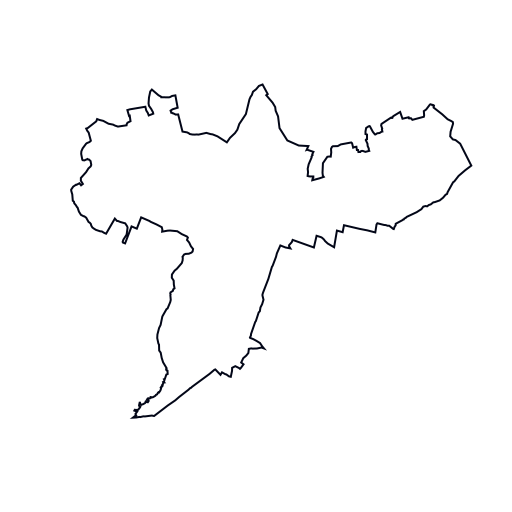 Bogdand, Satu Mare, Romania, rotated 281°
{"feature_id": "2599482B86952368934963", "entity_name": "Bogdand", "entity_type": "district", "adm_level": 2, "iso_a3": "ROU", "parent_name": "Romania", "parent_adm1": "Satu Mare", "projection": "orthographic", "projection_center": [22.927, 47.421], "detail": "fine", "context": "isolated", "style": "outline", "palette": "ink", "viewbox_px": 512, "rotation_deg": 281, "n_neighbors": 0, "source": "geoboundaries", "source_scale": "gbopen_adm2", "svg_char_len": 6048}
<svg xmlns="http://www.w3.org/2000/svg" viewBox="0 0 512 512"><g transform="rotate(281 256 256)"><path d="M430.6,411.8L435.6,402.0L437.5,402.0L437.6,400.8L438.0,400.9L438.2,398.2L437.6,397.7L432.3,395.1L430.2,393.1L426.2,394.2L424.7,394.2L419.5,383.5L420.8,381.8L420.4,380.7L420.6,380.5L420.4,379.7L421.3,379.3L418.7,373.6L424.9,370.0L419.5,364.1L418.5,363.6L417.6,363.5L417.4,362.7L417.7,362.3L417.4,361.9L409.6,354.0L408.1,353.9L405.1,355.6L404.5,355.4L402.3,356.3L402.1,355.7L400.3,353.8L399.6,351.6L398.1,350.1L398.0,349.7L398.4,349.1L400.2,347.0L405.1,343.0L405.2,342.6L404.7,341.7L402.7,339.7L399.3,339.7L396.6,340.2L396.4,341.8L391.8,342.7L391.2,341.7L390.8,341.6L387.5,344.0L385.3,344.6L383.0,346.2L381.9,346.4L380.8,347.1L379.1,343.5L379.5,340.8L379.4,339.9L378.9,339.0L378.0,338.5L377.6,336.7L379.5,336.0L379.3,334.8L382.4,333.7L381.8,332.1L380.9,330.7L385.0,328.8L385.6,327.8L381.7,317.9L379.5,315.3L378.4,310.5L377.5,309.7L375.5,309.2L372.0,310.1L367.8,310.4L367.6,308.8L367.0,307.1L359.9,304.0L350.4,305.4L347.6,306.3L346.6,307.4L344.3,303.4L341.1,296.8L342.6,296.8L344.1,297.3L345.0,297.1L344.3,293.2L344.4,291.4L348.2,291.1L351.5,290.1L356.1,290.2L363.4,291.8L364.2,291.5L365.9,292.3L366.4,291.8L369.2,292.5L370.1,285.8L369.9,285.5L373.9,286.4L372.6,276.9L375.4,264.7L386.0,254.7L397.3,251.0L402.3,247.6L405.9,246.4L409.6,243.1L415.8,235.4L417.2,236.6L425.6,229.7L423.5,226.4L419.7,224.3L416.7,221.7L413.2,221.2L411.2,220.3L408.6,219.7L393.4,219.0L382.4,214.4L376.4,213.6L372.6,211.9L367.0,207.9L362.0,205.7L366.1,195.4L367.1,190.2L367.0,188.1L367.4,183.8L364.2,176.4L364.0,174.6L363.5,172.8L363.1,170.4L363.1,167.6L363.7,166.6L364.2,164.7L364.1,160.1L380.1,152.6L379.5,150.2L380.3,147.3L380.2,146.8L380.7,145.9L380.5,145.5L382.4,144.4L384.1,146.1L386.6,150.8L398.3,146.2L397.1,143.1L395.6,141.3L395.1,140.2L393.8,132.9L394.1,132.9L395.2,129.6L399.5,122.0L397.3,120.8L391.2,120.7L385.3,121.4L383.0,122.3L380.3,125.1L377.5,127.4L376.1,128.0L373.5,123.9L375.8,122.5L377.9,120.5L381.4,118.9L375.9,104.2L374.7,101.9L369.2,104.7L369.6,105.3L364.4,107.1L362.3,104.4L360.6,103.9L359.6,104.0L356.7,95.8L357.1,92.7L357.7,90.6L357.7,86.0L359.5,80.3L359.7,76.3L360.1,73.9L357.7,73.5L349.5,66.4L348.7,65.0L346.8,66.4L345.2,68.2L337.6,71.9L336.1,70.8L334.5,68.4L333.8,67.8L328.6,65.3L325.5,64.6L322.9,64.9L317.4,67.1L317.0,67.6L317.1,69.3L319.1,72.1L318.7,72.7L318.8,73.7L317.6,75.5L314.0,76.9L312.4,76.6L310.0,74.8L305.9,73.2L299.2,69.2L296.5,69.7L293.7,72.3L292.0,70.8L293.7,68.8L291.6,66.2L291.7,65.8L289.2,63.3L285.9,61.9L284.7,62.2L281.4,63.9L275.3,65.6L274.6,66.9L273.0,67.6L271.6,69.4L269.9,70.9L269.5,71.6L265.8,73.7L263.0,76.3L262.1,79.3L262.2,79.9L261.2,82.0L257.4,85.2L257.0,86.4L256.0,87.7L254.4,88.5L252.8,89.9L251.9,91.8L251.1,93.9L250.5,98.4L250.7,100.0L249.7,102.6L249.3,104.6L265.8,110.3L263.9,112.8L264.0,114.0L263.5,116.3L263.1,121.4L260.5,123.9L259.4,124.5L254.8,124.8L252.3,124.9L246.8,122.7L244.4,122.4L243.8,122.8L243.4,125.1L261.3,128.2L260.1,133.8L272.0,135.9L270.0,144.9L269.5,145.9L268.0,152.3L266.3,158.0L263.9,159.1L262.0,159.2L264.0,164.4L264.6,166.8L265.3,174.0L263.3,179.0L262.0,184.4L261.1,185.6L258.6,185.2L256.5,187.8L253.1,190.3L250.9,192.9L248.3,192.9L247.0,192.0L245.4,189.6L244.6,186.4L243.7,185.1L241.1,184.0L240.2,184.5L237.6,184.8L234.9,184.5L228.4,180.8L226.1,178.9L221.8,177.0L218.6,177.5L216.1,179.9L212.3,180.8L208.7,182.2L207.5,181.1L206.0,181.1L203.9,179.0L202.7,179.0L201.9,179.5L201.2,179.4L196.6,180.7L194.4,180.6L187.6,179.2L186.8,178.3L178.8,175.6L170.1,175.5L166.8,174.6L160.1,174.2L156.6,174.7L151.4,176.9L150.5,177.7L144.7,179.0L142.9,180.9L137.9,182.9L133.9,185.1L128.9,189.6L127.9,189.8L127.7,189.4L127.1,189.6L126.6,190.2L126.5,191.0L123.3,191.8L122.5,190.6L118.1,190.0L117.5,189.2L116.9,189.8L115.3,189.7L114.8,189.1L114.3,189.9L114.0,189.0L113.0,189.2L112.2,188.8L111.8,189.0L111.3,188.5L110.6,189.0L109.8,188.6L109.7,188.0L108.6,187.6L108.4,188.0L107.7,188.1L105.7,187.8L104.3,187.2L103.9,186.5L103.4,186.7L102.9,185.8L101.3,185.3L100.6,184.3L99.6,183.9L97.9,182.0L97.5,181.4L97.4,179.6L96.7,179.8L96.1,178.8L95.8,179.5L95.8,177.3L95.3,176.8L93.9,176.3L94.1,177.5L93.3,178.3L91.8,177.7L91.7,174.5L91.6,175.1L91.1,175.4L90.4,175.1L88.9,173.3L88.2,172.0L88.4,170.8L90.6,169.8L87.0,169.7L86.1,170.3L86.2,171.2L85.4,171.1L82.6,169.7L81.8,167.1L82.0,166.5L81.7,166.3L81.0,166.1L80.7,167.9L80.8,168.9L80.7,169.1L77.9,167.8L76.6,168.8L76.2,168.1L73.8,166.0L74.6,169.2L75.8,172.3L75.8,173.1L77.1,176.0L77.3,177.5L79.5,184.2L79.5,186.5L92.6,198.1L98.9,204.3L103.0,207.5L111.8,215.2L113.9,216.7L114.2,217.4L115.3,218.1L131.4,232.9L136.4,236.9L136.9,237.7L132.6,243.8L135.3,244.8L134.1,248.5L134.1,249.5L132.7,252.4L132.6,254.3L138.6,254.4L141.7,253.9L143.9,256.7L142.8,260.7L142.2,261.8L143.4,262.6L147.1,264.3L147.3,264.4L148.6,261.8L153.3,263.0L156.3,265.4L159.3,267.0L163.5,266.7L164.4,269.0L164.4,270.2L165.4,274.6L167.2,278.9L166.8,281.4L168.6,279.2L171.3,276.6L172.8,272.6L173.9,269.1L174.5,265.8L174.8,265.6L177.0,266.2L178.4,266.0L191.0,267.8L192.2,268.3L201.1,269.4L202.5,270.3L206.4,270.2L209.8,271.2L214.5,271.7L218.4,269.9L219.4,269.7L221.4,269.9L235.9,272.5L248.4,273.7L249.6,274.2L259.0,275.8L262.6,276.0L271.0,277.9L270.0,283.3L270.0,288.3L271.9,286.6L272.9,286.4L276.5,288.5L278.8,288.9L275.4,311.2L287.4,311.6L286.9,316.2L286.5,317.4L285.2,319.5L283.8,321.0L281.9,324.1L279.5,331.0L296.4,330.6L295.9,336.5L303.0,336.5L302.4,352.5L302.4,360.4L301.9,368.6L309.9,368.3L311.3,368.9L310.9,375.8L311.1,377.5L310.8,379.4L311.1,381.0L308.7,385.7L308.7,386.1L311.3,386.5L312.6,387.2L314.3,387.0L319.2,393.0L319.9,393.5L320.1,394.1L321.1,394.5L322.1,395.8L323.1,396.4L329.7,405.4L332.2,408.0L333.5,409.4L336.4,410.8L337.4,412.9L337.4,414.5L339.1,416.0L340.0,417.7L342.5,419.8L343.0,421.2L345.6,425.7L348.9,428.5L352.3,430.4L353.4,431.7L355.2,431.9L366.0,435.4L367.0,436.4L373.3,439.6L380.1,445.0L385.8,450.1L405.2,435.0L407.9,429.7L408.0,427.0L410.5,423.8L415.1,423.3L423.4,424.2L425.0,423.7L425.7,422.0L426.8,418.0L430.6,411.8Z" fill="none" stroke="#020617" stroke-width="2"/></g></svg>